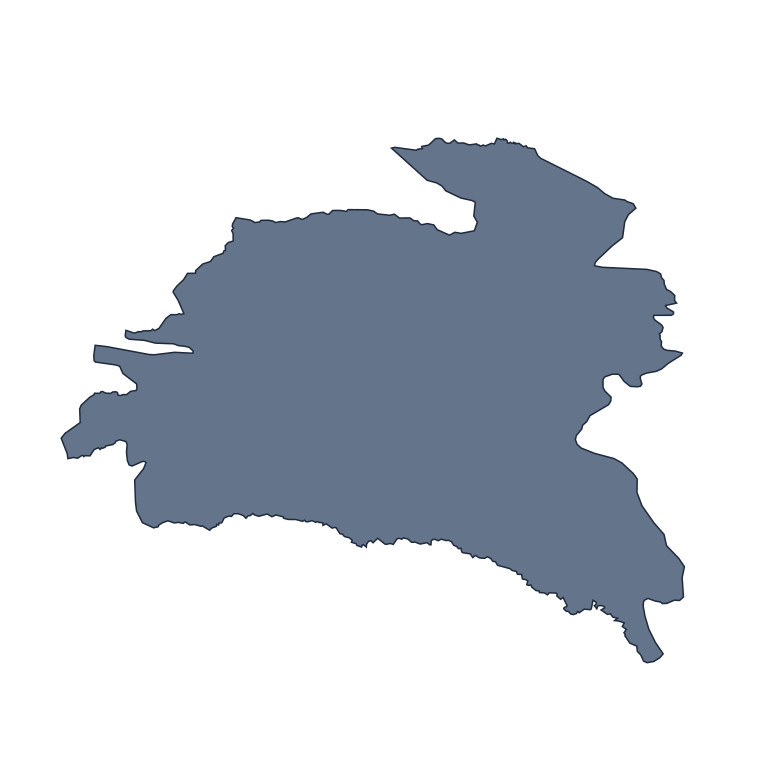 outline of Kenge, Bandundu, Democratic Republic of the Congo, rotated 95°
{"feature_id": "63176286B18264844623742", "entity_name": "Kenge", "entity_type": "district", "adm_level": 2, "iso_a3": "COD", "parent_name": "Democratic Republic of the Congo", "parent_adm1": "Bandundu", "projection": "robinson", "projection_center": [16.889, -5.103], "detail": "fine", "context": "isolated", "style": "filled", "palette": "slate", "viewbox_px": 768, "rotation_deg": 95, "n_neighbors": 0, "source": "geoboundaries", "source_scale": "gbopen_adm2", "svg_char_len": 6148}
<svg xmlns="http://www.w3.org/2000/svg" viewBox="0 0 768 768"><g transform="rotate(95 384 384)"><path d="M217.5,159.1L201.3,158.3L194.0,155.3L186.9,148.4L182.6,151.6L181.2,157.5L179.7,160.3L179.0,172.1L175.2,180.6L169.5,188.8L164.1,200.6L145.6,247.4L143.2,250.6L136.5,254.5L136.2,261.5L134.3,263.2L135.5,265.7L132.5,270.5L133.0,272.7L132.1,275.4L133.0,275.0L132.5,276.2L133.2,277.5L132.1,279.4L133.1,280.3L133.2,282.0L131.0,282.4L129.6,284.1L130.4,285.7L129.3,286.3L130.3,288.3L129.3,292.9L135.2,294.9L134.9,298.0L138.0,303.7L137.3,306.0L138.7,308.9L137.7,310.0L137.5,312.3L136.7,312.6L138.4,320.1L136.9,325.6L137.6,331.3L134.7,335.2L138.3,339.3L138.7,341.5L138.2,343.7L135.0,347.5L134.4,349.8L135.0,354.0L142.1,360.4L144.1,367.2L146.1,366.2L147.1,370.7L148.3,372.3L147.3,393.9L148.4,397.1L177.3,358.8L179.1,349.0L181.7,343.6L186.2,339.3L192.1,323.5L193.5,312.5L195.0,308.9L208.8,309.2L214.7,305.1L223.5,307.4L227.2,320.4L226.7,326.7L230.0,331.7L225.7,344.3L221.2,348.3L220.4,354.7L222.0,360.2L221.5,361.9L218.6,364.8L218.8,368.5L216.3,372.5L217.3,383.1L213.9,388.5L215.4,392.9L215.1,405.3L212.7,409.4L211.9,415.7L213.4,434.9L215.3,436.5L214.9,442.8L215.6,450.3L219.6,453.7L219.9,455.3L218.2,459.6L220.9,471.5L224.9,475.6L226.9,479.2L227.0,481.1L225.9,483.5L226.2,485.5L231.2,496.7L231.2,501.2L232.6,506.1L231.3,509.1L230.9,513.2L231.7,520.8L233.4,522.1L234.4,526.6L232.3,531.5L231.2,545.9L237.8,548.8L240.4,548.9L241.8,547.4L244.3,549.2L247.2,547.5L254.7,546.7L256.6,551.4L259.9,554.2L264.6,553.6L265.4,555.1L267.8,555.7L272.0,564.6L277.1,567.6L280.3,575.1L287.3,581.4L290.1,581.5L290.9,589.4L297.5,592.7L304.4,598.8L309.4,601.9L310.9,602.1L318.4,596.5L331.3,589.5L332.4,592.0L331.8,594.0L333.1,596.8L333.4,602.2L337.4,606.8L348.2,613.0L350.8,617.1L349.5,619.1L351.3,621.1L352.1,628.9L353.1,630.0L353.3,633.3L355.1,637.1L353.0,645.8L358.8,646.0L360.3,644.9L361.6,641.7L361.4,626.7L363.2,615.3L362.3,597.1L363.7,592.0L363.8,585.7L364.5,581.1L367.8,577.0L370.0,577.1L370.7,595.5L374.9,615.4L375.1,620.4L370.9,663.6L370.6,675.1L380.8,675.6L386.0,674.8L387.3,673.5L388.4,652.9L389.3,648.9L396.3,645.0L405.5,630.4L410.4,629.7L412.0,630.4L413.5,636.0L417.1,639.6L417.2,642.9L418.4,645.3L418.3,648.0L415.8,648.7L415.1,650.2L415.5,653.3L417.2,655.6L417.3,660.7L416.0,663.6L416.4,665.3L418.1,666.5L418.4,671.6L419.9,672.0L422.6,675.7L431.3,683.7L435.2,685.0L448.9,683.3L460.8,697.3L466.1,700.9L481.0,693.5L485.9,692.4L484.3,686.9L484.6,682.6L481.6,678.9L481.4,677.6L482.5,676.7L481.5,675.7L481.2,670.6L474.7,667.1L472.4,663.0L474.0,661.0L472.2,659.8L472.6,658.8L471.3,656.3L470.1,656.0L468.0,649.0L466.2,646.8L464.3,646.1L462.6,642.4L463.8,636.1L466.7,634.6L474.6,634.6L482.5,633.0L486.8,630.9L487.7,627.9L482.0,617.4L482.3,614.9L483.3,614.3L489.2,616.1L501.4,624.0L523.2,621.3L532.2,619.4L543.2,612.6L547.4,601.0L545.9,596.5L544.2,596.1L541.4,592.4L539.1,587.3L540.7,580.8L539.8,576.9L540.3,571.8L538.7,570.1L541.3,565.2L540.5,560.2L541.7,554.0L541.2,552.7L544.9,545.0L542.5,542.9L540.4,538.6L538.5,538.5L538.9,536.4L536.9,536.2L536.4,533.5L531.3,531.5L529.1,527.0L529.2,524.3L526.4,522.4L525.9,518.1L526.6,515.3L527.3,512.8L529.8,509.8L527.1,507.9L526.8,505.8L524.4,503.4L525.6,502.0L526.7,497.2L523.7,489.0L526.0,484.1L523.9,480.3L525.1,472.8L526.5,472.2L527.3,467.7L526.7,460.0L527.9,453.1L526.5,451.2L527.9,450.0L528.0,448.3L526.4,443.6L527.8,440.0L526.8,438.0L527.6,436.7L527.6,432.8L530.2,432.5L528.3,429.4L532.1,423.1L531.1,420.6L531.5,419.1L537.0,414.8L537.3,412.2L539.4,410.1L540.2,405.3L542.4,402.0L544.5,402.7L545.5,397.9L547.2,396.9L548.4,392.1L546.5,391.7L545.8,390.5L548.0,387.4L545.2,387.4L542.1,385.7L541.2,383.5L543.1,381.1L538.3,376.8L543.4,369.1L543.5,367.5L542.3,363.9L543.0,360.8L537.0,357.4L536.4,355.3L537.1,352.8L535.6,351.2L536.4,346.6L539.3,342.8L538.8,339.2L540.3,334.0L538.3,327.3L540.2,324.4L540.1,323.2L536.2,323.3L534.8,322.1L534.3,319.7L535.4,316.3L533.6,313.5L534.6,308.3L534.0,306.2L535.3,303.0L538.6,300.5L539.6,297.3L541.1,296.0L541.6,295.0L540.9,293.1L544.5,291.9L545.2,290.8L545.7,283.3L549.2,280.4L546.8,278.1L548.9,273.8L549.0,271.9L548.9,268.5L547.1,265.9L548.6,262.4L551.1,260.2L551.4,257.4L554.7,255.1L557.0,242.4L558.6,240.1L559.2,235.8L561.9,234.5L561.8,230.3L566.2,229.1L566.6,225.5L567.7,223.6L571.4,224.3L572.1,222.7L571.4,220.1L573.5,219.1L576.5,214.6L576.7,211.4L578.2,211.0L578.1,205.9L579.8,202.8L577.6,201.2L577.3,194.1L578.1,193.2L580.1,193.4L583.1,189.2L581.1,187.0L588.8,182.3L590.0,182.9L590.9,185.0L592.3,185.4L594.5,182.6L594.5,180.5L597.0,177.8L597.2,175.3L596.0,172.4L593.7,171.2L594.9,169.6L590.8,164.9L590.9,159.0L590.0,157.9L581.2,156.9L583.0,153.6L584.7,153.3L586.5,155.2L589.4,152.4L586.4,151.6L585.8,148.2L586.4,145.5L587.7,144.6L590.2,148.1L594.0,141.4L593.2,138.5L596.3,135.7L597.0,131.0L599.6,133.7L599.7,129.5L601.1,123.8L604.9,125.5L607.3,121.2L610.9,123.3L612.2,121.9L613.8,122.1L620.8,116.4L623.1,109.4L628.3,108.3L631.5,104.6L637.5,101.2L638.7,97.6L636.9,91.0L632.5,85.2L628.5,82.4L617.8,91.1L605.2,98.8L592.2,103.9L582.9,106.4L578.4,106.5L576.7,105.7L574.6,102.3L576.6,94.9L577.1,89.4L578.5,87.6L577.9,83.1L574.0,75.8L573.9,70.7L570.1,67.1L551.0,70.1L539.8,68.8L532.1,75.1L520.4,88.5L509.5,91.9L498.8,103.0L482.8,116.4L470.0,122.5L456.6,123.5L451.6,127.7L441.9,140.1L438.2,148.5L434.7,168.5L430.6,182.0L427.2,186.4L422.7,188.5L418.6,187.9L411.7,183.1L407.7,182.5L403.9,178.8L397.6,176.1L385.0,158.4L381.2,156.6L377.3,156.6L371.8,163.3L368.3,165.5L360.4,166.2L357.6,164.6L354.3,157.3L353.9,151.9L354.3,150.4L360.6,144.9L364.9,138.4L364.7,131.3L363.8,128.2L361.5,127.1L356.0,129.2L353.7,129.2L352.7,128.2L350.3,123.5L347.6,113.7L344.8,108.8L338.8,102.8L329.3,90.4L327.2,89.4L325.8,96.7L325.8,104.6L324.9,108.5L321.9,111.2L317.5,111.2L315.2,112.9L311.5,113.1L310.2,114.1L307.8,111.7L303.4,110.9L301.1,112.5L296.5,120.0L294.3,121.4L292.1,121.2L290.5,103.7L288.9,101.7L287.1,101.8L283.4,109.0L281.3,110.4L277.9,99.6L275.5,101.8L270.5,102.1L266.9,106.6L265.1,110.8L260.1,113.5L256.4,114.1L254.0,116.7L250.2,118.0L248.2,122.3L246.9,132.1L248.7,176.5L248.0,183.7L247.3,184.6L244.5,184.1L240.9,181.5L226.7,168.9L217.5,159.1Z" fill="#64748b" stroke="#1e293b" stroke-width="1.5"/></g></svg>